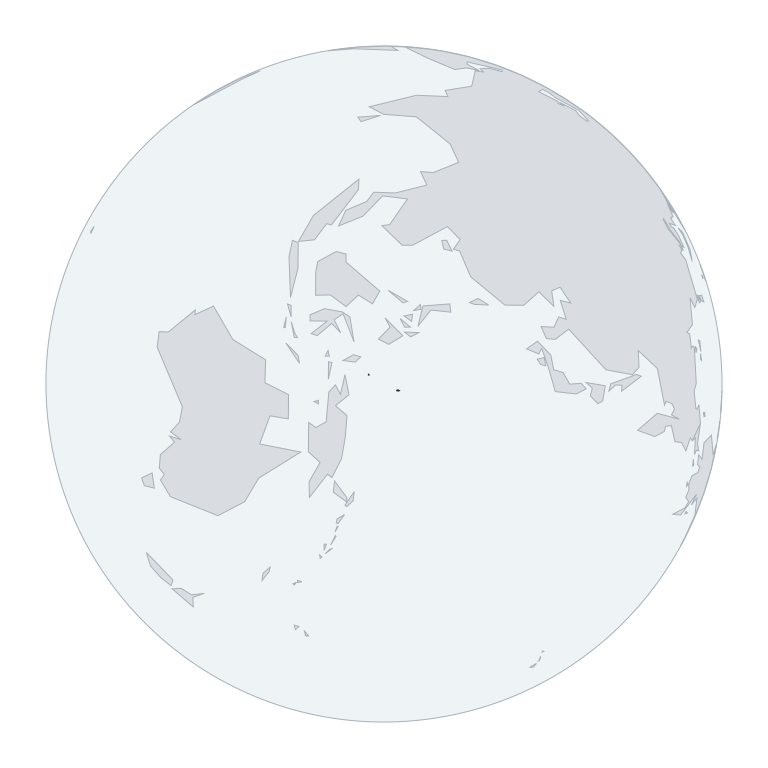 globe centered on Palau, rotated 81°
{"feature_id": "PLW", "entity_name": "Palau", "entity_type": "country or territory", "adm_level": 0, "iso_a3": "PLW", "parent_name": "Oceania", "parent_adm1": "", "projection": "orthographic", "projection_center": [133.12, 5.367], "detail": "fine", "context": "on_globe", "style": "filled", "palette": "slate", "viewbox_px": 768, "rotation_deg": 81, "n_neighbors": 0, "source": "natural_earth", "source_scale": "50m", "svg_char_len": 7742}
<svg xmlns="http://www.w3.org/2000/svg" viewBox="0 0 768 768"><g transform="rotate(81 384 384)"><circle cx="384" cy="384" r="338" fill="#eef3f6" stroke="#a8b0b8"/><path d="M621.0,497.9L620.8,500.2L620.4,500.6L621.0,497.9ZM583.3,111.1L562.2,97.5L545.8,92.8L551.5,99.3L541.7,92.5L559.8,111.6L557.8,119.0L553.4,106.1L547.8,101.5L543.1,103.6L536.4,99.5L530.2,98.6L522.6,93.9L520.6,87.9L515.6,85.1L512.6,86.9L503.0,84.2L508.2,81.7L492.1,77.1L485.7,68.6L505.7,70.0L495.6,65.3L496.7,65.4L519.5,74.4L541.6,85.1L562.9,97.3L583.3,111.1ZM686.6,284.6L683.8,277.1L687.1,280.8L686.6,284.6ZM680.9,273.3L682.2,275.7L680.9,273.8L680.9,273.3ZM679.3,272.5L680.5,273.1L679.4,273.2L679.3,272.5ZM677.4,272.4L678.3,272.1L678.3,272.5L677.4,272.4ZM673.5,269.9L672.4,269.0L673.1,268.0L673.5,269.9ZM582.9,111.1L581.3,109.7L590.2,116.3L588.4,115.0L582.9,111.1ZM557.1,105.6L558.7,104.4L559.4,107.1L557.1,105.6ZM530.8,99.3L532.4,101.2L528.5,100.0L530.8,99.3ZM513.3,92.0L506.5,90.2L513.0,90.9L513.3,92.0ZM502.3,88.4L486.0,84.9L488.3,88.3L472.5,77.7L491.7,83.6L499.3,83.7L498.1,85.7L502.3,88.4ZM466.4,73.0L462.2,71.7L466.3,72.0L466.4,73.0ZM483.5,61.1L491.4,63.6L487.2,62.4L476.5,59.1L473.5,58.4L473.5,58.2L483.5,61.1ZM464.6,55.8L465.4,56.0L457.5,54.2L457.8,54.2L464.6,55.8ZM451.6,53.0L463.4,55.7L462.7,55.6L451.6,53.0ZM450.6,52.7L450.9,52.8L449.9,52.6L447.5,52.1L450.6,52.7ZM445.0,51.6L445.9,51.8L443.4,51.3L445.0,51.6ZM133.0,157.8L131.1,160.3L135.5,155.4L144.7,145.4L150.3,139.9L155.2,135.4L154.1,136.3L172.5,120.5L191.9,106.0L212.4,92.9L233.7,81.3L255.8,71.3L278.6,62.9L254.5,72.8L247.0,75.6L252.0,73.0L235.9,80.5L242.7,77.4L238.9,79.4L249.1,75.3L246.9,76.7L260.5,70.9L259.0,72.2L250.4,75.8L264.2,72.3L264.3,74.8L268.5,73.5L272.9,71.4L270.1,76.9L273.3,75.8L275.5,73.4L283.3,69.9L296.0,66.4L294.3,68.4L289.5,70.0L276.9,77.1L264.3,81.9L265.0,82.5L275.5,78.9L290.9,70.1L299.0,67.4L292.7,71.2L295.6,69.6L299.1,69.0L301.0,70.6L308.4,66.6L349.3,61.2L357.1,65.1L346.9,68.2L373.8,70.2L380.4,76.7L382.4,74.2L396.6,74.9L394.7,72.8L396.7,71.8L432.3,75.5L439.4,78.8L457.0,79.8L458.0,78.8L453.8,76.2L472.5,77.7L488.3,88.3L485.2,89.8L497.2,96.3L488.3,99.3L486.5,105.6L469.9,106.7L469.9,112.5L474.7,114.5L478.3,124.8L469.4,140.7L455.7,118.6L465.0,97.9L459.4,104.9L454.5,101.0L448.7,102.4L445.3,108.2L448.7,110.2L411.4,111.6L390.8,127.6L407.3,129.5L413.7,137.2L404.7,162.5L358.7,193.0L366.7,207.8L364.6,216.4L351.8,219.9L354.5,207.2L345.1,201.0L348.6,193.9L329.0,196.8L333.2,186.9L315.9,195.0L318.2,203.8L333.9,204.1L317.1,216.6L328.1,233.6L325.0,252.2L291.7,281.6L264.4,288.5L261.8,294.4L253.3,286.2L238.4,296.7L251.4,334.0L249.8,344.3L227.3,361.3L227.5,353.5L204.9,331.8L198.0,355.9L215.0,378.8L220.8,404.1L206.5,394.6L201.0,372.5L193.0,364.1L197.1,342.8L194.2,310.5L179.9,314.7L182.9,302.2L176.7,275.6L157.3,281.1L125.2,310.2L117.6,342.1L107.9,355.1L103.9,306.7L110.1,276.0L103.6,277.7L103.6,250.8L89.0,244.9L91.4,237.0L87.7,239.7L88.5,230.8L94.0,218.4L92.3,218.2L78.9,251.4L81.1,252.0L89.4,240.9L84.7,252.7L84.5,264.7L68.5,290.7L54.3,310.6L60.5,286.7L64.4,274.3L74.2,248.9L86.1,224.4L99.9,201.0L115.6,178.7L133.0,157.8ZM56.3,301.4L54.0,311.9L53.2,315.4L51.8,323.8L56.7,318.2L55.1,326.2L48.1,361.8L46.1,387.2L47.1,358.3L50.5,329.7L56.3,301.4ZM117.7,181.5L119.6,185.3L132.2,167.9L134.0,168.3L137.6,162.7L133.1,166.7L144.0,151.9L149.7,148.9L156.4,142.3L156.0,140.8L143.9,149.1L128.2,169.6L122.0,175.6L117.7,181.5ZM332.6,50.0L331.6,50.2L323.8,51.6L317.3,52.7L332.6,50.0ZM315.3,53.2L320.4,52.2L316.5,53.0L315.3,53.2ZM331.2,50.4L327.8,51.1L332.8,50.0L331.2,50.4ZM182.9,645.6L189.6,650.0L187.2,649.7L182.9,645.6ZM59.5,478.2L58.0,471.2L55.4,457.5L60.6,476.3L78.3,527.9L78.0,527.3L67.8,503.1L59.5,478.2ZM302.5,470.1L312.8,472.7L312.6,474.2L302.5,470.1ZM291.7,463.5L303.2,465.2L289.9,466.8L291.7,463.5ZM307.8,465.9L319.6,464.2L324.7,462.2L323.9,465.3L307.8,465.9ZM283.9,462.8L243.3,457.9L227.8,451.9L231.0,446.6L256.3,450.9L283.9,462.8ZM229.8,446.2L206.5,427.3L177.7,376.7L187.9,378.8L218.7,411.0L216.7,415.6L230.7,430.1L229.8,446.2ZM287.7,423.0L285.6,437.7L262.8,433.9L252.7,430.3L245.7,410.4L249.6,401.2L257.7,402.4L291.6,373.6L303.0,382.8L292.1,395.4L301.6,409.4L287.7,423.0ZM118.2,345.4L121.3,365.6L116.4,368.0L118.2,345.4ZM306.8,352.6L292.2,365.1L306.1,347.8L306.8,352.6ZM316.0,335.9L316.1,343.1L311.2,335.6L316.0,335.9ZM260.0,303.9L251.3,304.5L251.8,299.6L263.4,296.0L260.0,303.9ZM322.4,268.2L319.5,282.2L316.9,286.8L314.2,277.8L322.4,268.2ZM311.2,60.4L295.9,62.4L284.0,65.4L275.9,69.0L280.8,65.4L299.1,60.7L311.2,60.4ZM344.8,60.5L351.8,58.4L353.2,59.5L351.8,60.2L344.8,60.5ZM345.9,59.0L346.1,56.3L352.9,55.3L351.4,57.6L345.9,59.0ZM330.0,52.7L325.6,53.1L328.8,52.2L330.0,52.7ZM544.5,623.1L549.8,625.9L540.5,634.6L527.1,643.1L513.2,645.1L544.5,623.1ZM438.8,638.1L435.6,626.9L450.9,627.2L446.9,636.6L438.8,638.1ZM554.0,616.5L562.2,607.0L562.7,594.3L564.8,606.1L574.4,607.3L553.2,625.3L554.0,616.5ZM375.0,586.7L312.0,602.3L297.2,597.9L298.9,588.8L281.3,558.8L285.9,559.9L280.4,540.2L316.4,526.4L341.6,497.1L364.1,501.4L379.6,479.9L403.5,484.0L397.6,501.6L423.8,516.2L438.2,476.9L457.3,522.4L478.5,540.1L488.1,568.6L461.9,612.5L443.9,619.8L439.0,615.1L431.9,619.1L418.8,615.9L408.7,600.0L401.9,604.0L407.2,593.2L397.9,602.3L389.7,592.0L375.0,586.7ZM547.0,525.1L551.3,526.7L559.0,535.2L552.0,533.1L547.0,525.1ZM610.2,506.0L612.8,509.9L608.1,510.4L610.2,506.0ZM620.4,500.6L614.8,501.6L621.0,497.9L620.4,500.6ZM566.2,501.3L568.6,504.3L566.9,505.1L566.2,501.3ZM564.4,500.2L566.5,496.0L566.6,500.4L564.4,500.2ZM542.8,474.4L545.1,472.4L546.3,474.3L542.8,474.4ZM328.2,474.5L342.3,464.4L350.3,464.2L328.2,474.5ZM538.9,469.2L532.8,468.2L533.3,465.9L538.9,469.2ZM539.0,463.8L538.2,460.4L542.4,468.6L539.0,463.8ZM526.9,455.2L534.7,461.9L526.1,455.8L526.9,455.2ZM522.5,455.6L517.1,452.4L517.4,451.5L522.5,455.6ZM464.3,453.9L484.3,475.4L468.9,473.3L451.5,459.4L439.1,469.3L410.2,464.4L416.4,458.1L412.2,447.0L383.2,439.7L377.3,432.1L387.4,428.6L368.7,421.1L389.1,420.2L397.8,435.3L409.4,425.5L430.3,430.5L451.0,437.6L468.3,450.1L464.3,453.9ZM389.8,451.4L393.4,451.8L390.4,455.8L389.8,451.4ZM506.8,443.4L514.6,451.2L513.8,452.9L510.0,451.4L506.8,443.4ZM472.1,448.0L490.5,438.4L494.9,439.1L482.9,451.0L472.1,448.0ZM485.7,430.2L494.5,432.8L499.3,440.0L497.6,441.6L485.7,430.2ZM348.0,433.7L347.3,437.6L342.1,434.0L348.0,433.7ZM354.7,432.1L370.6,438.2L353.3,435.3L354.7,432.1ZM308.3,413.4L312.7,423.2L326.6,418.8L316.0,426.1L325.8,442.5L322.8,448.0L313.0,430.3L310.1,447.1L304.0,446.1L300.3,431.0L306.3,413.9L312.4,407.2L337.7,407.0L308.3,413.4ZM354.4,420.8L350.3,409.5L353.5,402.7L357.9,408.9L354.4,420.8ZM338.8,382.5L328.7,369.0L318.9,372.6L339.3,357.8L345.6,373.0L338.8,382.5ZM331.2,354.7L321.9,357.8L331.9,349.1L331.2,354.7ZM319.9,353.5L319.6,345.0L326.5,346.9L319.9,353.5ZM335.9,355.6L338.7,341.5L341.6,350.3L335.9,355.6ZM318.3,326.1L332.2,341.4L313.0,333.4L315.2,306.5L323.5,306.8L318.3,326.1ZM383.5,228.8L383.0,221.8L391.4,221.3L389.3,226.2L383.5,228.8ZM418.3,216.0L393.5,219.0L373.6,222.6L378.5,226.5L371.7,237.6L365.7,225.7L381.6,214.7L396.3,214.2L400.9,205.2L413.2,200.6L414.2,189.1L420.4,185.1L423.9,195.7L418.3,216.0ZM414.1,184.2L420.4,165.7L435.0,170.7L436.9,175.9L427.9,182.0L420.7,178.9L414.1,184.2ZM426.2,163.0L419.3,160.1L414.1,132.9L416.6,128.7L428.3,150.5L422.5,149.2L421.2,155.4L426.2,163.0ZM462.2,72.9L462.2,71.8L465.0,73.3L462.2,72.9ZM395.4,70.6L398.6,69.5L401.8,70.9L395.4,70.6ZM409.3,67.5L403.5,66.6L410.3,66.7L409.3,67.5ZM390.3,65.3L401.5,65.9L389.8,66.7L390.3,65.3Z" fill="#d9dde1" stroke="#a8b0b8" stroke-width="1"/><path d="M392.6,372.1L392.3,372.2L392.1,371.8L392.2,371.3L392.4,370.9L392.6,370.7L392.9,370.2L393.0,370.4L392.8,371.4L392.6,371.8L392.6,372.1ZM372.5,397.8L372.4,397.8L372.3,397.7L372.5,397.6L372.5,397.8Z" fill="#64748b" stroke="#1e293b" stroke-width="1.5"/></g></svg>